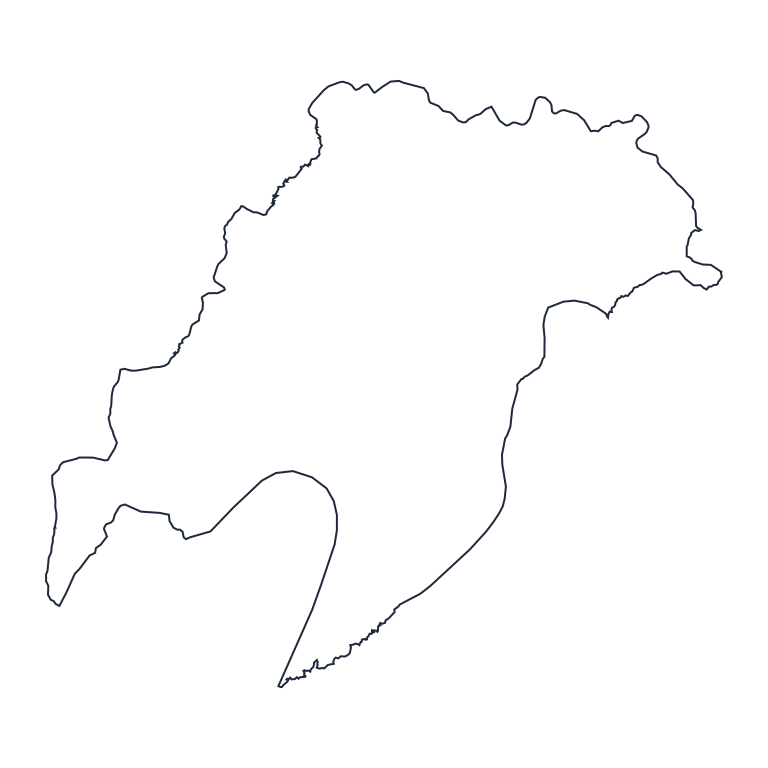 Kasy, Vientiane, Laos
{"feature_id": "54806243B33776683357165", "entity_name": "Kasy", "entity_type": "district", "adm_level": 2, "iso_a3": "LAO", "parent_name": "Laos", "parent_adm1": "Vientiane", "projection": "mercator", "projection_center": [102.146, 19.097], "detail": "fine", "context": "isolated", "style": "outline", "palette": "slate", "viewbox_px": 768, "rotation_deg": 0, "n_neighbors": 0, "source": "geoboundaries", "source_scale": "gbopen_adm2", "svg_char_len": 6064}
<svg xmlns="http://www.w3.org/2000/svg" viewBox="0 0 768 768"><path d="M430.5,585.8L469.9,549.4L486.2,531.5L493.6,521.7L499.3,513.0L502.8,506.2L504.7,498.6L505.9,486.5L502.3,464.6L502.0,454.7L505.1,438.6L507.1,435.4L510.4,426.7L512.3,408.6L517.5,389.7L517.2,384.5L521.4,379.1L522.6,379.0L524.7,376.7L527.4,375.6L534.4,370.2L538.9,367.7L541.1,363.9L542.7,359.0L544.4,356.8L544.6,338.0L543.4,325.0L544.7,316.7L548.2,307.6L563.3,301.7L574.3,300.6L588.1,303.3L589.7,304.6L596.6,307.3L606.2,313.9L607.0,316.4L608.0,317.7L608.4,314.3L609.6,311.8L611.9,312.0L611.4,310.0L611.9,307.8L614.1,306.7L615.1,305.1L615.6,302.3L616.9,301.2L616.9,299.9L618.7,298.3L620.4,297.8L621.3,296.1L623.4,296.8L625.6,295.5L627.7,296.0L631.1,292.0L632.3,291.5L633.9,287.8L638.0,286.6L639.8,284.9L641.3,285.0L643.9,283.8L651.2,278.5L657.6,274.8L661.1,274.0L662.2,272.6L666.5,273.7L672.5,271.4L679.6,271.5L685.5,279.0L693.6,285.4L700.7,285.2L703.8,288.1L706.7,289.5L708.8,286.7L711.4,286.5L713.7,285.0L716.5,284.8L717.8,283.8L718.2,282.1L721.9,277.0L720.9,272.7L721.4,271.9L710.9,264.9L702.8,264.5L694.8,262.0L692.4,260.6L691.3,258.6L689.2,257.2L686.7,256.3L686.7,246.5L687.6,245.0L688.9,238.3L691.0,235.0L691.2,233.0L694.9,230.1L698.8,231.0L701.0,229.9L697.6,227.9L696.1,226.1L695.6,213.1L694.7,210.0L692.6,207.6L693.3,203.5L693.0,200.1L682.8,188.5L677.7,184.5L669.3,174.3L660.8,167.0L657.6,162.0L657.7,158.5L656.2,155.5L642.4,151.5L637.5,147.6L636.2,142.8L636.8,140.7L637.9,138.8L644.7,134.0L646.6,132.0L648.6,127.2L648.3,125.0L646.7,121.7L641.4,116.3L637.5,114.9L635.7,115.3L634.6,116.0L631.9,120.9L622.8,123.0L618.6,120.7L611.5,122.9L610.6,124.8L609.1,126.1L605.9,126.0L602.5,127.2L598.3,131.3L594.7,130.7L590.8,131.2L584.1,120.2L577.1,113.9L564.3,110.1L560.9,110.6L555.8,113.5L553.8,113.3L552.0,111.4L551.5,105.2L550.1,102.3L545.3,97.8L540.5,97.0L538.4,97.4L535.7,99.8L529.8,118.5L526.8,122.5L523.9,124.5L521.4,124.6L515.1,122.5L512.9,122.6L508.2,125.3L505.9,125.4L499.6,120.7L491.5,106.7L485.9,109.0L480.1,114.1L475.5,115.4L468.4,119.5L466.1,122.0L463.3,122.5L458.1,120.5L453.3,114.9L450.2,112.4L443.2,111.0L438.5,106.0L430.2,102.6L429.0,100.4L427.8,93.5L423.9,88.1L403.3,82.7L399.0,80.9L390.6,81.6L382.1,87.0L374.9,92.6L374.0,92.6L368.3,84.7L366.6,84.4L363.6,85.3L359.0,88.8L356.0,89.9L354.9,89.4L351.8,85.4L348.6,83.4L342.7,81.7L339.8,82.2L328.6,86.3L323.7,90.3L312.2,103.0L308.8,108.9L308.6,111.0L310.1,114.8L316.3,119.1L316.9,120.4L316.8,124.2L316.1,125.1L317.5,127.1L315.7,127.5L315.7,128.4L317.1,129.9L316.6,132.6L320.4,136.7L320.3,137.4L318.7,137.9L320.3,139.7L320.4,143.5L321.9,145.6L319.4,149.2L319.1,152.3L319.6,154.0L318.7,155.9L317.7,156.3L316.3,158.4L311.4,159.3L310.2,162.5L310.4,163.7L309.4,163.8L309.7,164.9L308.2,164.9L308.2,166.1L305.1,164.6L303.2,166.7L300.9,166.7L300.8,167.8L301.6,168.9L295.3,176.9L292.0,177.8L289.4,177.6L287.5,180.2L286.0,179.6L286.2,180.5L285.3,180.8L286.4,181.7L284.6,181.5L283.3,183.4L284.3,185.7L282.3,186.8L278.3,186.9L278.4,189.0L276.4,193.0L275.5,194.5L273.2,195.7L273.4,196.3L276.1,195.4L277.5,195.7L272.9,199.3L272.9,200.8L274.2,201.0L272.4,202.8L274.1,202.9L274.2,203.7L273.0,204.3L273.2,205.1L270.9,206.7L267.2,211.4L266.2,214.4L263.5,215.0L257.1,212.4L253.5,212.3L246.7,208.9L243.7,206.7L241.4,206.1L239.2,209.7L234.8,212.9L231.3,219.1L228.1,221.9L227.0,224.6L225.0,226.1L224.3,228.5L225.2,233.2L223.8,236.9L224.3,238.7L226.7,241.5L225.7,244.7L226.7,253.1L224.6,258.2L218.5,264.0L217.2,266.6L213.6,277.7L215.0,281.4L224.0,287.4L224.8,289.3L224.4,290.1L217.8,293.1L208.4,293.2L202.3,296.9L201.8,298.0L203.0,303.0L202.5,309.5L199.6,314.5L198.9,320.5L192.7,324.4L191.5,325.9L189.2,334.8L188.0,336.4L185.7,337.2L182.7,339.5L182.1,340.9L182.5,342.7L179.1,344.3L179.5,345.3L178.9,346.6L179.7,347.7L178.3,349.5L178.7,350.6L177.5,352.7L175.9,353.3L175.4,352.3L173.9,353.3L175.2,354.7L174.6,355.6L171.1,358.3L168.4,363.5L164.8,365.7L160.2,366.9L152.5,367.4L147.9,368.7L135.4,370.7L131.3,370.7L124.4,368.8L120.4,369.7L118.6,380.0L117.6,382.3L113.9,386.6L112.8,390.0L111.8,395.4L111.2,406.2L110.3,408.7L110.3,413.9L108.6,417.7L110.5,426.5L112.9,431.6L113.3,434.0L116.9,442.8L114.6,448.7L107.7,460.1L105.0,460.4L93.0,457.6L79.1,457.5L76.1,458.9L63.2,462.2L60.2,465.0L58.6,469.5L52.2,475.5L52.4,484.3L54.4,492.7L55.4,500.4L55.3,507.4L56.4,513.2L56.4,518.2L54.9,526.9L55.3,527.6L54.5,527.6L54.1,528.7L54.5,529.9L54.1,534.5L52.7,538.0L52.9,541.5L51.7,546.3L51.2,552.4L48.8,557.5L47.5,570.8L46.1,574.3L46.1,581.3L48.3,585.7L48.0,594.8L50.8,599.8L53.5,601.0L56.0,604.2L59.4,605.9L66.7,591.9L74.8,573.7L79.3,569.2L89.5,555.6L95.1,552.8L95.9,548.1L100.8,544.6L107.0,536.5L103.9,528.9L104.9,526.2L106.2,524.3L111.0,522.5L113.2,520.3L114.8,514.6L118.5,508.2L120.5,505.8L124.9,504.5L140.8,511.6L159.6,512.9L168.8,514.7L169.6,521.2L173.5,527.7L177.1,529.6L180.0,529.7L182.6,531.8L183.7,537.3L186.0,539.2L190.1,537.3L210.5,531.4L233.2,507.7L261.9,480.6L275.9,473.0L292.8,471.1L312.0,477.3L326.6,488.4L333.8,501.1L336.9,515.0L336.9,530.2L334.6,544.5L321.2,584.5L312.2,609.7L278.4,686.1L280.7,687.1L282.1,686.9L283.0,685.4L287.6,681.4L288.2,680.0L286.5,679.5L287.0,678.8L289.0,678.9L290.2,677.6L291.5,679.4L294.9,679.0L296.9,677.2L298.4,678.7L300.2,677.2L305.1,676.9L305.5,676.1L303.9,674.8L304.6,673.3L303.4,670.8L304.7,670.2L305.9,670.9L308.5,670.6L310.3,671.6L310.8,669.4L313.0,667.3L313.9,665.2L314.0,662.7L316.9,660.0L317.8,662.2L317.2,664.0L317.7,665.2L316.7,667.6L319.3,668.6L322.5,668.0L324.2,668.4L328.0,664.9L333.8,663.8L333.2,661.7L334.7,658.3L335.8,657.6L338.3,658.4L340.7,656.3L344.9,656.5L347.1,655.5L349.4,653.7L350.2,651.5L350.9,647.5L350.3,645.1L353.2,644.7L355.3,643.6L358.0,644.1L359.3,645.1L360.7,642.0L361.6,641.9L361.9,639.6L365.1,638.9L365.4,639.7L367.0,639.4L367.3,637.0L368.4,636.3L369.6,633.7L371.5,633.9L371.9,633.3L372.0,630.2L372.9,630.3L373.3,632.3L374.1,632.2L373.7,630.5L375.8,630.5L377.4,631.8L378.0,630.6L378.1,626.4L380.1,625.4L379.3,624.9L380.3,622.9L382.0,623.8L385.0,622.9L385.6,620.3L388.8,618.3L394.6,612.0L394.2,609.6L398.2,606.6L399.8,604.5L420.4,593.7L430.5,585.8Z" fill="none" stroke="#1e293b" stroke-width="2"/></svg>